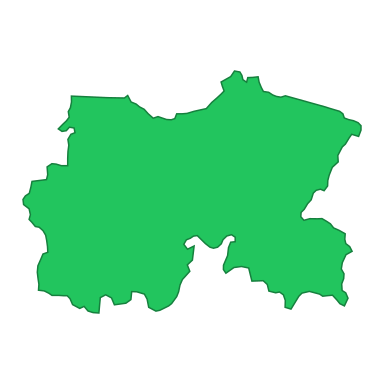 outline of Ribeira, São Paulo, Brazil
{"feature_id": "56859067B1551247382346", "entity_name": "Ribeira", "entity_type": "district", "adm_level": 2, "iso_a3": "BRA", "parent_name": "Brazil", "parent_adm1": "São Paulo", "projection": "robinson", "projection_center": [-49.03, -24.604], "detail": "fine", "context": "isolated", "style": "filled", "palette": "green", "viewbox_px": 384, "rotation_deg": 0, "n_neighbors": 0, "source": "geoboundaries", "source_scale": "gbopen_adm2", "svg_char_len": 2754}
<svg xmlns="http://www.w3.org/2000/svg" viewBox="0 0 384 384"><path d="M258.1,76.8L252.9,77.4L247.8,77.6L246.6,82.2L242.9,79.7L241.9,75.4L239.9,72.0L234.5,71.0L230.7,76.6L221.1,82.0L222.3,86.1L224.1,91.0L221.0,94.2L217.0,97.9L211.7,102.5L206.3,108.6L194.1,111.3L187.1,113.4L182.2,113.8L176.7,113.8L174.8,118.6L171.2,119.8L166.5,119.5L158.0,116.6L153.2,118.2L148.1,113.7L144.2,109.3L139.4,106.8L136.2,104.1L131.1,102.0L127.7,95.5L124.4,98.0L107.6,97.7L71.4,96.1L71.5,102.0L70.4,107.7L68.3,111.6L69.2,117.2L66.4,120.9L62.8,124.3L58.3,128.9L62.0,131.4L66.3,130.7L69.4,127.2L74.1,128.0L75.0,132.7L70.9,134.3L67.9,139.4L68.8,145.2L68.0,151.3L67.7,158.4L67.7,165.7L61.4,165.7L56.1,164.1L51.9,163.7L47.1,166.9L47.7,174.7L46.5,179.6L32.0,181.4L30.9,187.1L29.3,193.3L25.4,195.9L23.0,199.4L23.6,204.6L29.1,208.8L30.4,214.7L29.1,219.4L31.8,222.2L35.3,226.5L39.1,227.2L43.0,230.6L45.7,235.3L46.7,240.6L47.5,246.6L47.8,252.3L43.0,254.0L40.6,259.7L37.9,265.8L37.3,272.2L38.1,278.9L38.9,284.3L38.5,290.2L44.2,290.9L48.8,293.2L52.0,295.4L59.1,295.4L63.4,295.7L67.2,295.7L70.0,298.6L72.6,304.6L79.7,308.4L84.1,306.4L88.0,311.0L93.1,312.6L98.9,313.0L99.7,303.9L100.3,297.6L105.7,294.8L111.5,297.9L114.4,304.8L125.9,303.2L130.9,299.6L131.7,291.6L136.8,291.8L144.4,294.1L147.1,299.1L148.7,307.3L155.9,311.1L159.8,310.3L168.7,305.9L171.6,303.6L176.7,296.6L178.6,291.8L180.0,285.0L182.4,279.5L189.8,271.3L187.3,264.9L192.4,260.1L194.1,246.0L187.5,249.2L183.8,244.3L186.4,239.8L190.2,238.3L193.5,236.1L197.3,235.6L205.4,243.6L210.0,247.2L213.5,248.2L217.6,247.2L221.3,243.8L223.0,239.7L226.8,236.0L231.5,234.7L235.2,237.2L235.2,241.7L230.7,242.2L228.5,247.6L227.6,255.6L223.5,265.2L223.4,269.5L225.9,273.2L234.0,267.5L241.5,266.5L248.7,268.0L251.9,281.1L263.2,280.7L267.3,284.5L268.9,291.1L275.7,292.8L279.5,292.0L283.4,294.8L285.3,300.4L285.1,307.3L291.0,309.1L298.8,296.3L302.0,293.1L309.4,291.4L319.6,294.1L322.7,296.2L327.0,295.7L332.5,295.2L337.0,300.1L339.9,303.7L344.4,305.9L348.0,298.2L345.7,292.8L342.1,290.5L341.7,283.9L343.7,278.6L344.0,273.8L341.3,269.0L342.3,262.7L346.0,254.7L352.1,251.3L349.7,246.6L345.8,243.6L344.8,239.3L345.2,233.8L339.2,230.4L333.6,227.9L330.4,223.8L326.4,221.2L322.0,218.6L317.5,218.8L309.8,218.7L303.9,220.3L300.8,216.7L301.1,212.4L304.3,209.2L307.6,203.7L311.2,199.8L313.3,193.1L316.2,190.3L320.4,189.2L324.1,190.7L327.6,186.0L327.8,180.5L329.2,175.1L332.3,167.3L338.2,161.9L337.8,155.5L340.4,150.5L342.3,146.9L345.4,144.1L349.1,138.0L351.7,134.3L358.6,136.4L361.0,130.1L361.0,125.7L358.1,122.7L353.5,120.7L348.6,119.6L344.3,118.0L342.9,113.8L339.6,111.3L329.5,108.3L325.5,107.0L285.4,95.8L280.9,97.2L276.3,96.4L272.6,94.9L268.7,92.3L263.4,91.5L261.3,87.5L259.1,82.2L258.1,76.8Z" fill="#22c55e" stroke="#15803d" stroke-width="1.5"/></svg>